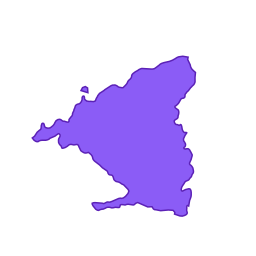 map outline of Madrid (Robinson projection), rotated 21°
{"feature_id": "ESP-5833", "entity_name": "Madrid", "entity_type": "Autonomous Community", "adm_level": 1, "iso_a3": "ESP", "parent_name": "Spain", "parent_adm1": "", "projection": "robinson", "projection_center": [-3.775, 40.528], "detail": "fine", "context": "isolated", "style": "filled", "palette": "violet", "viewbox_px": 256, "rotation_deg": 21, "n_neighbors": 0, "source": "natural_earth", "source_scale": "10m", "svg_char_len": 5044}
<svg xmlns="http://www.w3.org/2000/svg" viewBox="0 0 256 256"><g transform="rotate(21 128 128)"><path d="M212.6,179.1L211.7,178.9L211.3,179.0L211.0,179.5L211.1,180.7L211.6,181.7L211.9,182.8L212.2,183.7L212.7,184.6L213.4,185.4L213.8,186.3L213.7,187.3L213.1,188.4L212.0,189.5L210.3,190.8L208.0,191.5L202.3,191.7L202.1,190.4L201.7,189.8L199.6,188.7L195.0,190.1L188.1,193.5L183.5,194.3L182.0,194.7L180.8,194.5L178.6,192.9L174.7,194.6L163.8,194.1L162.3,195.4L161.5,196.9L161.0,197.7L160.0,198.1L155.5,199.1L154.5,199.6L153.8,200.1L153.0,200.8L152.9,200.9L150.7,201.4L149.0,202.0L148.4,202.6L148.6,204.6L148.3,205.3L147.3,205.8L144.7,206.5L142.7,207.8L141.4,208.4L139.3,208.6L138.1,209.0L137.2,209.4L136.4,210.0L135.4,211.2L133.8,212.7L132.8,213.1L131.0,214.4L130.2,215.4L128.8,215.7L127.0,215.4L123.4,213.3L122.0,212.1L121.5,211.1L122.5,210.2L123.9,209.5L131.0,207.4L132.3,207.3L132.9,206.9L134.8,204.8L135.4,204.4L137.5,203.8L139.3,202.3L144.6,197.1L146.1,196.2L147.0,196.1L148.3,195.3L148.8,194.9L149.1,194.4L150.0,193.0L150.3,192.4L151.3,189.6L151.5,188.9L151.4,187.5L151.5,186.8L151.1,186.2L149.9,185.2L144.3,182.6L142.2,182.5L140.4,182.0L138.8,181.8L136.0,182.2L134.6,181.8L134.0,181.6L133.2,181.0L131.4,178.7L130.6,178.1L129.7,177.8L127.8,178.3L126.7,178.2L125.6,177.4L125.0,176.6L124.4,176.0L123.8,175.6L118.4,174.3L114.8,172.7L108.7,170.9L107.3,170.2L106.3,169.4L105.7,168.5L105.0,167.5L104.2,166.8L103.1,166.1L100.7,165.2L99.7,165.0L98.7,165.8L97.6,166.5L96.1,166.9L93.9,166.6L92.1,166.1L88.9,163.1L88.2,162.3L87.3,161.7L86.3,161.6L83.5,163.2L80.6,163.7L79.3,164.5L78.7,165.3L77.9,166.8L76.9,168.1L76.2,168.9L74.6,170.1L74.0,170.4L73.5,170.4L71.9,168.7L70.2,168.0L69.2,167.2L68.4,166.4L67.6,164.6L67.3,163.6L67.2,162.6L67.5,160.6L67.4,159.6L67.0,158.8L66.3,158.3L65.6,158.1L65.0,158.3L63.6,160.3L63.1,161.3L62.3,162.2L58.8,165.6L58.3,166.7L57.2,167.8L55.6,168.9L52.2,170.2L50.7,171.0L49.6,172.0L49.1,172.8L48.0,173.4L46.6,173.5L44.7,173.1L42.2,171.6L43.7,169.2L44.7,164.5L46.2,161.7L46.8,160.9L47.0,159.9L46.8,158.8L46.2,157.0L46.1,155.9L46.1,154.7L46.7,154.1L47.6,154.0L48.3,154.6L49.6,156.4L50.3,156.9L50.8,157.1L52.7,157.0L53.9,156.6L55.2,155.8L56.1,154.5L57.2,152.5L57.6,151.2L57.8,150.2L57.8,149.4L58.2,147.1L58.7,146.3L59.6,145.2L60.3,144.8L61.0,144.4L61.6,144.3L62.4,144.3L63.3,144.6L64.0,144.8L64.6,144.9L65.1,144.9L66.0,144.5L69.2,144.3L70.3,143.7L70.5,143.0L69.9,141.1L70.8,138.1L71.3,136.9L71.4,136.0L71.3,135.1L71.0,134.2L71.1,132.5L71.2,131.7L71.2,131.1L71.0,130.3L71.1,128.3L71.0,127.1L71.0,125.7L71.8,124.4L72.7,123.6L73.5,123.1L74.0,122.6L74.3,122.2L74.5,121.7L75.0,120.1L75.0,119.2L75.0,118.2L74.7,117.2L74.3,116.2L74.3,114.9L74.8,114.2L75.6,114.1L76.2,114.7L77.0,116.4L77.8,117.0L78.7,117.3L79.8,117.6L81.9,117.2L83.9,116.4L85.1,116.1L86.3,115.7L87.5,114.8L87.8,113.8L87.8,111.7L88.2,109.5L88.2,108.6L89.0,105.9L92.2,101.5L92.6,100.6L97.0,94.6L98.2,93.5L100.5,92.5L101.9,92.5L103.1,92.7L104.1,93.1L105.1,93.1L107.7,92.6L108.4,92.4L109.1,91.9L109.5,90.8L110.0,89.8L110.8,87.8L111.1,86.7L111.2,84.7L111.4,83.7L111.9,82.6L112.6,81.3L112.9,80.2L113.0,79.2L112.6,77.3L112.8,76.3L113.2,75.3L114.7,72.9L116.4,70.9L117.3,69.5L118.4,68.4L119.5,67.5L129.3,64.4L130.4,63.8L131.4,63.1L132.9,60.9L133.5,59.8L134.2,58.8L135.3,56.7L136.4,55.5L138.1,54.1L142.9,50.9L145.2,48.8L147.2,46.4L147.9,45.4L148.7,44.4L149.8,43.4L153.4,41.4L158.7,40.3L159.2,42.7L163.4,46.7L164.6,48.5L165.7,49.5L166.5,50.1L169.2,51.3L170.0,51.5L171.1,52.0L172.4,56.7L174.1,61.0L174.1,62.9L173.8,64.1L172.9,65.9L172.5,67.0L172.0,68.0L171.1,71.2L170.7,72.2L170.1,73.2L169.8,74.5L169.4,75.5L169.3,76.6L169.8,77.8L169.9,79.2L169.4,79.9L168.8,80.5L168.3,80.7L167.7,81.1L167.3,81.6L167.0,82.3L166.4,86.3L166.2,87.1L165.6,88.5L164.9,89.8L164.5,90.4L164.1,90.8L164.1,91.3L164.4,91.8L165.2,92.3L168.5,93.2L169.3,94.1L170.0,95.6L170.3,97.0L170.4,98.9L170.8,99.8L170.8,100.9L170.4,101.8L169.0,103.6L168.6,104.8L169.0,105.6L169.7,106.5L170.5,107.1L171.4,107.5L173.1,107.1L174.8,107.3L175.3,106.7L175.7,106.0L176.5,106.0L177.5,107.1L179.1,109.8L180.3,111.1L181.5,111.8L182.4,112.0L183.2,111.6L183.8,111.3L184.6,111.5L183.9,114.5L183.7,118.2L184.2,119.4L184.9,120.3L185.9,120.9L187.4,122.3L187.8,123.2L188.0,124.3L187.9,125.0L187.7,125.4L187.4,125.8L187.2,126.4L187.5,126.9L187.8,127.2L188.6,127.1L189.3,127.0L190.0,126.5L190.8,126.1L191.5,125.8L192.5,126.0L193.4,126.4L194.2,127.1L195.1,127.8L197.5,130.0L197.8,130.8L197.9,131.4L197.9,131.9L198.2,134.7L198.0,138.6L198.4,139.6L199.2,140.1L200.2,140.3L201.5,141.0L202.9,142.1L204.6,144.8L205.0,146.3L204.8,147.4L204.6,148.0L204.5,148.4L204.6,149.7L204.6,150.4L204.5,151.1L204.2,151.7L203.7,153.0L203.6,153.6L203.4,154.4L202.9,155.2L201.3,156.7L200.6,157.7L200.3,159.2L200.1,160.4L199.8,161.6L199.5,163.0L199.4,164.4L199.7,166.4L200.5,167.4L201.4,167.4L202.2,166.6L202.9,165.8L203.7,164.9L206.6,162.9L207.7,162.7L209.0,163.6L210.0,165.3L211.0,167.8L211.4,169.4L211.5,170.7L211.5,173.6L212.6,179.1ZM75.9,105.1L77.9,109.4L70.7,109.9L71.1,106.6L73.3,104.6L75.9,105.1Z" fill="#8b5cf6" stroke="#5b21b6" stroke-width="1.5"/></g></svg>